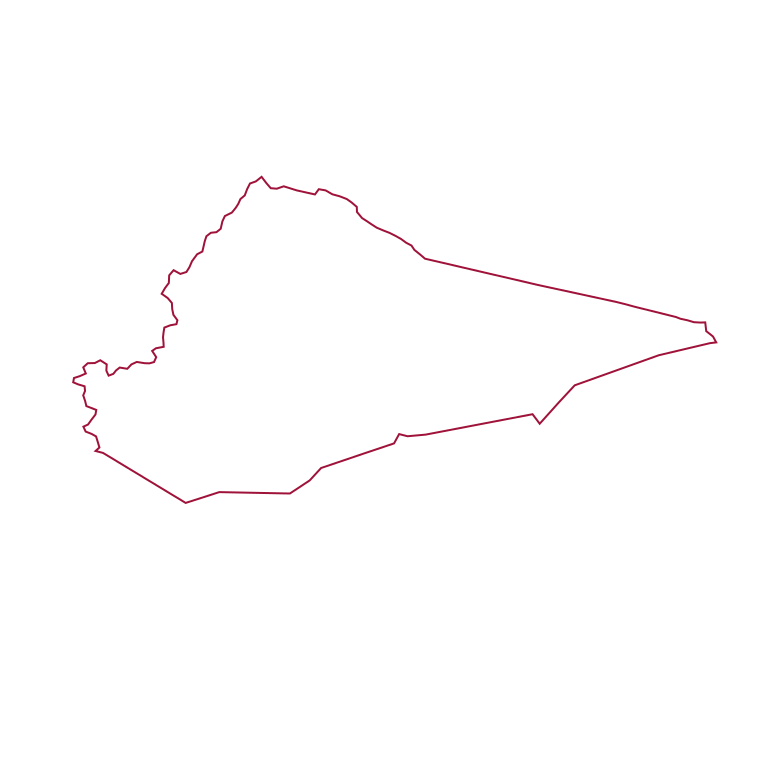 Ponto Novo, Bahia, Brazil (Robinson projection), rotated 295°
{"feature_id": "56859067B49472720818380", "entity_name": "Ponto Novo", "entity_type": "district", "adm_level": 2, "iso_a3": "BRA", "parent_name": "Brazil", "parent_adm1": "Bahia", "projection": "robinson", "projection_center": [-40.103, -10.99], "detail": "fine", "context": "isolated", "style": "outline", "palette": "rose", "viewbox_px": 768, "rotation_deg": 295, "n_neighbors": 0, "source": "geoboundaries", "source_scale": "gbopen_adm2", "svg_char_len": 1858}
<svg xmlns="http://www.w3.org/2000/svg" viewBox="0 0 768 768"><g transform="rotate(295 384 384)"><path d="M562.1,667.5L566.1,662.1L568.1,653.7L575.6,649.1L573.5,645.0L571.0,638.8L570.0,632.1L568.4,625.0L568.1,620.3L560.0,578.8L558.4,569.5L556.6,560.2L540.7,490.0L538.8,481.6L514.9,368.2L516.7,361.7L518.4,354.8L521.1,350.4L521.4,344.3L522.6,338.4L523.1,332.0L523.3,325.0L522.9,319.1L522.6,311.4L523.5,304.8L524.3,299.9L525.1,294.0L528.5,286.8L533.0,284.5L534.8,278.1L535.9,272.1L535.4,264.5L534.1,257.0L534.8,249.3L533.0,242.6L526.6,241.3L522.6,223.1L520.8,209.6L515.7,204.3L513.6,198.6L516.4,192.4L520.0,185.5L513.4,182.2L509.1,177.8L502.8,177.6L496.1,178.1L490.9,175.7L485.7,175.8L481.2,175.2L475.1,173.7L469.0,168.8L463.1,168.8L455.7,170.4L450.8,168.0L447.9,163.2L442.9,160.6L437.7,161.2L432.1,162.4L427.3,163.4L422.6,159.8L414.1,158.1L407.7,158.3L402.0,157.6L397.7,152.9L398.2,145.2L391.7,143.4L384.6,146.3L378.4,145.0L371.8,144.4L370.5,151.6L367.8,157.5L362.4,160.4L357.7,163.9L354.5,169.8L350.5,170.6L346.9,165.5L342.3,161.1L337.6,162.4L332.9,164.0L328.6,166.5L324.6,168.6L320.0,162.2L316.0,159.9L312.1,166.2L306.7,166.3L303.6,162.7L301.7,158.3L299.5,150.6L295.0,146.8L289.3,144.9L287.2,137.5L283.0,135.4L278.8,134.4L275.2,130.9L278.8,126.7L284.6,124.4L285.6,116.8L280.8,113.1L277.6,106.7L272.0,104.4L267.5,109.3L262.6,105.0L258.4,100.5L254.2,101.6L254.4,107.0L255.4,113.6L251.3,116.0L246.6,116.2L242.3,120.3L238.2,123.6L238.9,134.2L234.4,135.4L228.2,134.0L222.2,132.9L218.3,129.6L214.8,133.7L215.2,140.1L214.8,145.2L210.5,149.1L206.2,152.9L201.4,150.9L202.8,158.5L192.4,254.5L216.4,280.4L241.0,336.0L245.0,345.0L265.2,357.4L281.3,362.5L311.7,394.3L334.4,418.2L345.0,418.9L346.6,427.4L355.7,443.1L419.4,531.4L413.8,541.9L441.4,550.3L463.4,557.4L526.2,620.9L554.3,656.5L558.8,662.2L562.1,667.5Z" fill="none" stroke="#9f1239" stroke-width="2"/></g></svg>